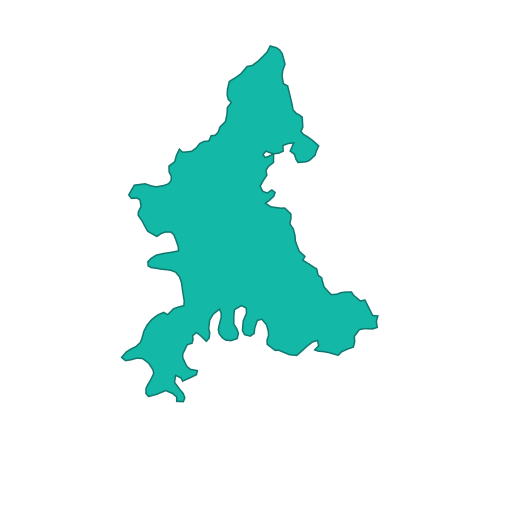 Itapejara d'Oeste, Paraná, Brazil, rotated 218°
{"feature_id": "56859067B76387511794293", "entity_name": "Itapejara d'Oeste", "entity_type": "district", "adm_level": 2, "iso_a3": "BRA", "parent_name": "Brazil", "parent_adm1": "Paraná", "projection": "natural_earth1", "projection_center": [-52.828, -25.984], "detail": "fine", "context": "isolated", "style": "filled", "palette": "teal", "viewbox_px": 512, "rotation_deg": 218, "n_neighbors": 0, "source": "geoboundaries", "source_scale": "gbopen_adm2", "svg_char_len": 3518}
<svg xmlns="http://www.w3.org/2000/svg" viewBox="0 0 512 512"><g transform="rotate(218 256 256)"><path d="M305.1,347.4L301.5,350.9L299.1,355.3L302.8,359.6L300.0,364.3L295.9,368.4L293.7,359.7L288.3,359.8L284.0,356.8L280.5,355.5L277.7,358.1L274.5,361.1L272.7,364.4L271.5,371.8L273.0,375.6L274.4,381.4L282.6,381.9L288.8,381.7L293.5,381.0L297.3,381.9L298.4,386.3L305.1,393.9L308.7,393.8L312.2,393.2L316.7,393.9L320.5,397.3L324.3,400.4L335.8,409.5L340.6,408.7L346.1,413.7L349.1,418.5L351.3,425.1L359.8,431.5L364.3,432.9L368.1,432.7L374.1,430.3L372.8,423.5L373.4,417.7L374.3,410.9L376.3,403.7L379.7,399.9L379.9,395.2L380.1,390.0L381.6,385.0L384.5,377.1L381.0,369.6L377.8,365.1L374.2,362.3L370.0,361.8L369.9,355.3L366.1,349.8L362.9,343.1L363.8,335.6L362.0,330.2L362.5,325.9L365.4,323.2L364.0,317.5L367.7,314.1L369.6,309.7L369.6,304.5L371.1,299.0L374.7,295.3L378.0,292.5L382.1,293.0L380.7,286.4L378.1,280.3L380.0,273.4L376.2,268.7L371.8,266.7L369.4,263.3L369.4,259.1L372.0,254.8L377.4,248.9L381.8,246.7L387.9,244.6L395.5,236.9L393.9,225.8L389.7,224.7L385.2,228.6L381.7,228.6L377.1,224.3L375.9,218.4L373.8,215.5L367.1,213.4L364.0,212.0L360.6,210.5L356.5,208.8L346.2,210.3L344.5,215.5L342.3,219.0L337.7,222.5L333.7,222.1L329.1,219.4L322.9,215.4L320.2,212.3L325.8,205.9L330.3,201.2L335.2,195.2L337.2,189.4L337.7,185.0L334.9,181.8L331.4,182.4L326.9,185.0L322.7,187.2L317.2,190.7L314.0,192.4L309.3,193.8L303.3,192.4L298.6,189.4L295.0,185.9L288.8,180.0L284.8,176.3L282.3,172.5L285.7,168.0L288.5,163.7L289.5,155.4L294.1,154.7L296.8,149.7L298.2,145.5L299.1,141.0L299.3,134.5L298.0,127.7L295.1,120.7L293.9,116.6L294.8,110.9L297.2,105.9L299.1,100.7L299.5,93.3L294.4,93.2L290.5,97.4L287.0,102.2L282.1,105.4L278.0,105.4L274.4,105.4L266.9,102.8L264.2,100.2L262.7,93.3L262.1,88.3L261.3,84.3L258.2,80.0L254.2,79.1L249.1,85.8L244.3,94.4L237.0,96.3L231.7,96.1L229.0,92.6L223.6,96.5L224.8,100.4L228.6,102.8L233.7,103.9L242.4,106.3L245.9,112.4L240.0,113.8L236.8,112.2L232.8,119.8L229.9,125.7L231.6,129.6L237.9,126.3L242.6,126.4L250.9,130.6L253.4,133.6L255.6,143.8L252.7,147.9L254.2,151.5L256.9,154.1L255.8,159.1L250.3,159.1L242.6,158.2L242.4,162.5L245.1,166.9L248.6,169.7L253.1,177.1L253.9,183.9L252.0,191.7L248.4,189.6L245.7,186.3L242.2,178.3L240.5,175.0L237.4,172.2L232.3,170.8L228.0,171.1L223.6,173.9L220.0,179.3L222.2,184.2L225.9,186.6L231.6,188.7L237.0,195.7L239.9,200.5L237.0,207.9L231.6,209.0L228.2,204.9L226.1,197.0L220.7,188.8L216.5,187.0L211.1,189.4L209.8,193.9L212.7,198.5L215.3,206.0L212.5,209.8L205.4,208.3L199.9,204.2L197.0,200.9L195.6,196.6L192.9,193.3L182.8,193.4L180.1,195.7L168.9,198.8L162.7,202.7L161.4,209.5L160.3,216.2L158.6,222.9L155.5,227.3L151.3,223.8L152.0,218.2L148.4,219.3L143.8,222.3L138.6,225.0L134.6,226.5L130.1,228.4L129.5,233.4L126.2,239.6L123.2,244.1L125.4,249.1L129.0,253.2L129.2,261.6L125.7,265.7L122.7,267.8L119.3,270.2L116.5,274.4L120.9,278.5L123.1,283.8L127.4,280.9L143.1,288.4L146.0,284.8L154.9,285.1L158.7,286.4L164.0,282.0L166.7,279.1L168.7,275.7L173.0,271.8L178.1,272.6L183.2,273.5L187.9,276.8L190.8,279.2L195.3,279.1L200.0,283.1L216.5,281.6L217.2,285.8L224.9,286.4L230.7,289.8L234.5,292.3L237.5,295.8L243.3,300.3L249.1,302.2L251.7,307.3L254.4,310.6L262.9,311.5L265.8,309.0L274.5,303.9L281.1,303.4L279.8,307.5L278.8,314.1L280.1,317.8L284.2,317.8L285.9,312.5L290.6,311.1L295.7,313.6L296.7,319.6L297.2,326.3L301.0,329.8L301.3,334.8L299.8,340.5L305.1,347.4ZM305.1,347.4L307.3,342.4L309.5,339.2L312.9,340.2L312.7,344.8L309.4,345.7L305.1,347.4Z" fill="#14b8a6" stroke="#0f766e" stroke-width="1.5"/></g></svg>